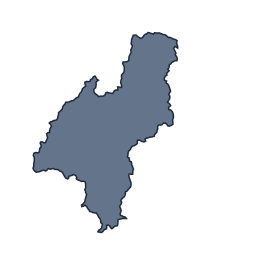 Santos Dumont, Minas Gerais, Brazil, rotated 315°
{"feature_id": "56859067B27012816015261", "entity_name": "Santos Dumont", "entity_type": "district", "adm_level": 2, "iso_a3": "BRA", "parent_name": "Brazil", "parent_adm1": "Minas Gerais", "projection": "albers", "projection_center": [-43.53, -21.482], "detail": "fine", "context": "isolated", "style": "filled", "palette": "slate", "viewbox_px": 256, "rotation_deg": 315, "n_neighbors": 0, "source": "geoboundaries", "source_scale": "gbopen_adm2", "svg_char_len": 4500}
<svg xmlns="http://www.w3.org/2000/svg" viewBox="0 0 256 256"><g transform="rotate(315 128 128)"><path d="M33.3,180.1L34.5,182.0L35.6,183.3L37.2,183.4L39.5,183.2L41.6,184.1L42.8,183.1L43.8,181.7L45.4,182.5L45.7,184.6L45.2,186.2L45.4,187.9L47.1,188.0L49.2,188.0L51.4,189.6L52.8,188.8L54.4,187.3L55.9,185.9L57.5,186.4L59.0,187.5L60.4,188.4L61.5,189.5L62.9,190.9L63.1,189.2L62.1,187.5L61.7,185.9L61.0,184.4L61.7,183.1L63.4,182.3L64.9,181.4L65.7,179.9L66.4,177.8L67.9,177.1L69.7,176.8L71.1,175.9L71.6,174.2L73.1,173.8L75.3,173.8L77.3,173.9L79.3,172.9L81.1,171.3L83.1,172.0L84.6,171.6L86.1,171.5L88.1,171.6L89.8,170.4L91.5,168.7L92.5,166.5L93.7,164.2L95.0,162.1L96.3,161.5L97.4,162.8L98.6,164.0L99.6,163.1L100.8,161.9L102.8,160.9L104.0,158.2L104.8,156.4L105.7,155.4L106.4,154.2L105.7,152.7L106.5,151.5L107.6,150.2L107.0,148.3L108.7,147.1L111.0,145.3L112.8,144.7L114.4,144.9L116.1,144.2L117.5,144.0L118.9,144.1L120.1,145.0L121.9,145.4L123.6,145.6L124.7,144.4L126.0,143.4L127.6,144.9L128.3,147.3L129.5,149.2L131.1,149.9L132.3,147.8L133.7,148.2L135.0,149.0L136.9,149.9L139.0,151.5L140.9,152.4L142.2,151.3L143.6,151.5L145.5,151.3L147.1,150.1L148.4,149.7L149.4,148.4L150.6,147.6L151.9,147.6L153.0,148.9L154.7,149.8L156.5,149.5L157.7,150.8L158.1,152.8L157.6,154.6L158.4,155.8L160.3,156.7L162.4,157.2L163.8,155.5L165.5,153.6L167.6,152.7L168.8,151.4L169.9,150.0L170.8,147.8L170.9,145.4L169.9,143.8L171.3,142.1L173.9,142.4L174.5,140.1L174.1,137.9L176.1,137.2L178.1,136.8L180.1,135.1L180.6,133.0L182.5,132.5L184.1,132.1L184.8,130.9L185.7,129.0L186.5,127.5L187.2,125.3L186.8,123.0L188.5,122.1L187.6,120.1L188.9,118.4L190.9,117.8L193.0,118.1L194.1,116.6L195.9,116.6L197.6,116.6L197.7,114.6L199.1,114.3L200.5,113.8L201.9,112.5L203.8,112.9L205.4,112.6L207.0,113.2L208.8,113.6L210.2,115.0L212.1,113.6L212.9,111.6L213.1,109.8L214.8,109.0L215.4,107.4L216.0,105.7L216.7,104.0L218.7,103.5L219.4,105.1L219.6,106.6L220.7,105.6L221.6,103.8L222.6,102.0L224.4,101.1L224.2,99.2L223.3,97.8L222.6,96.0L221.8,93.7L220.6,92.4L220.5,90.2L220.1,88.0L218.8,86.7L218.3,85.0L217.3,82.9L215.4,81.1L214.1,79.4L212.4,79.6L211.4,77.8L210.5,75.9L209.7,74.7L207.9,74.6L206.2,73.9L204.9,73.8L203.5,74.1L201.6,74.2L200.2,73.5L199.9,71.9L199.5,70.4L199.5,68.1L197.4,66.1L195.6,66.9L193.3,67.9L191.3,69.5L189.7,70.7L189.2,73.0L187.6,74.0L185.1,74.8L183.7,76.7L181.7,77.4L179.5,78.1L177.9,79.3L176.6,80.6L174.8,80.7L172.6,79.3L171.3,77.9L169.9,78.4L169.3,80.4L168.4,82.4L167.0,83.7L165.9,84.7L164.7,85.6L163.1,85.8L161.1,85.9L159.6,87.1L158.7,88.5L157.0,89.2L155.0,90.6L154.1,92.3L153.3,93.7L152.0,94.8L151.1,93.3L149.7,91.6L148.7,93.0L147.6,93.9L146.3,92.5L144.6,92.0L143.1,92.4L141.5,92.7L140.0,90.6L139.1,89.3L138.6,88.0L136.9,87.4L135.7,88.3L133.9,88.3L132.4,87.5L131.2,86.1L129.6,85.3L129.5,83.9L129.4,82.0L129.0,80.3L129.6,78.1L130.9,76.6L132.3,76.5L133.7,76.7L134.9,75.6L136.5,74.6L137.6,73.1L138.9,72.9L140.9,73.3L140.5,71.5L141.0,69.9L141.4,67.9L139.9,67.3L137.6,67.9L135.5,67.3L134.1,68.1L132.8,67.3L131.7,65.8L129.9,65.1L128.6,66.8L127.4,68.6L125.2,68.1L123.2,68.1L122.2,69.0L120.0,69.5L118.1,69.6L116.4,70.2L115.1,71.0L113.1,70.2L110.7,70.0L108.7,70.0L107.3,68.7L105.4,68.2L103.6,67.2L102.3,65.8L100.4,66.5L98.3,66.5L96.7,67.0L94.9,68.1L92.5,68.3L89.8,68.0L88.6,69.2L87.2,69.9L85.4,71.1L83.7,71.8L82.0,71.1L80.5,70.0L79.1,69.8L77.4,68.8L75.8,68.8L75.8,70.9L74.9,72.7L72.9,73.2L71.0,74.1L69.3,75.8L68.3,74.7L66.3,74.5L65.1,76.4L64.4,78.0L63.1,78.5L61.1,79.3L59.3,80.0L58.1,79.1L57.6,77.2L56.6,76.2L55.2,76.5L54.4,78.7L53.1,79.9L51.1,80.0L49.2,81.6L47.9,82.2L46.5,81.9L45.7,80.3L43.8,79.3L41.7,80.3L40.9,82.5L39.4,84.2L37.7,85.6L35.9,86.7L34.9,87.9L33.7,88.7L32.4,89.2L31.8,90.7L31.6,92.5L31.8,94.3L33.3,95.4L34.9,96.6L37.1,97.3L38.5,98.2L39.3,100.2L40.8,100.5L42.9,100.3L43.9,102.2L45.3,103.0L46.6,103.8L47.0,105.5L47.9,106.6L49.2,108.1L49.2,110.0L50.2,112.1L50.0,114.1L49.4,115.7L49.0,117.4L48.5,119.3L49.3,121.3L50.7,121.4L51.9,120.3L53.5,121.1L55.1,122.0L56.4,122.2L57.1,123.6L57.3,125.4L56.8,126.8L55.5,127.3L55.6,128.7L56.3,130.1L56.8,131.5L57.4,133.0L58.8,134.0L59.6,135.6L59.0,136.9L57.6,138.5L55.8,140.4L53.8,141.0L53.4,142.4L52.4,143.6L51.7,145.8L49.9,146.8L48.7,147.5L47.2,148.2L45.3,149.6L42.7,149.9L40.6,149.6L39.7,150.9L41.6,151.9L43.2,152.3L43.2,154.3L42.7,156.0L42.4,158.1L42.0,160.2L43.0,161.7L43.4,163.0L44.2,164.2L45.4,165.8L45.2,167.7L44.7,169.1L44.1,170.8L44.2,172.4L43.2,174.0L41.8,175.8L42.1,177.6L40.6,178.8L38.6,180.0L36.7,180.1L35.0,179.5L33.3,180.1Z" fill="#64748b" stroke="#1e293b" stroke-width="1.5"/></g></svg>